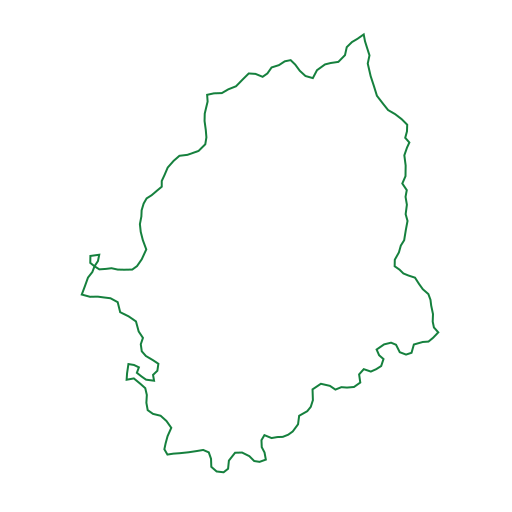 Conceição da Barra de Minas, Minas Gerais, Brazil, rotated 176°
{"feature_id": "56859067B78815771597461", "entity_name": "Conceição da Barra de Minas", "entity_type": "district", "adm_level": 2, "iso_a3": "BRA", "parent_name": "Brazil", "parent_adm1": "Minas Gerais", "projection": "mercator", "projection_center": [-44.485, -21.147], "detail": "fine", "context": "isolated", "style": "outline", "palette": "green", "viewbox_px": 512, "rotation_deg": 176, "n_neighbors": 0, "source": "geoboundaries", "source_scale": "gbopen_adm2", "svg_char_len": 2681}
<svg xmlns="http://www.w3.org/2000/svg" viewBox="0 0 512 512"><g transform="rotate(176 256 256)"><path d="M417.8,257.0L420.4,251.4L425.1,246.2L428.8,237.8L432.5,229.7L424.5,226.9L416.7,226.5L410.8,225.3L404.1,224.0L397.2,219.6L395.4,209.4L387.3,204.7L380.3,199.1L378.3,188.9L374.5,182.2L377.1,176.0L376.6,168.9L372.8,163.9L366.1,159.3L360.9,155.3L362.4,148.4L367.0,144.6L366.4,138.7L374.3,140.3L378.6,143.8L383.0,147.8L380.6,153.1L385.3,155.8L390.8,157.1L392.8,148.0L393.7,141.6L386.4,142.4L380.0,136.3L375.7,131.9L374.6,125.0L375.6,117.2L374.8,109.8L369.8,105.7L362.3,103.3L356.8,97.6L352.5,90.5L356.8,82.4L359.2,75.5L360.9,69.6L358.2,64.1L352.2,64.6L345.7,64.6L337.0,64.9L328.3,65.6L322.2,66.2L316.8,63.4L315.0,56.8L315.3,48.8L310.3,43.8L303.4,42.5L298.7,45.7L297.3,53.8L290.6,61.2L283.6,60.9L276.6,56.8L272.1,51.6L266.8,50.4L260.4,52.2L261.2,59.4L263.6,64.9L263.4,71.9L260.1,76.7L253.2,73.3L247.3,73.9L241.9,73.7L236.3,75.5L231.6,78.4L225.8,85.2L224.1,93.6L215.7,97.6L211.9,101.7L209.3,108.2L208.9,119.0L200.2,124.0L191.3,121.3L186.1,117.2L180.0,119.2L174.4,118.4L167.4,118.5L160.8,122.5L161.4,130.7L156.4,135.6L149.5,132.7L144.0,134.7L138.8,137.5L136.0,144.3L140.1,148.4L142.2,154.3L134.4,158.9L127.3,160.1L122.5,157.7L119.3,150.0L113.2,147.2L107.6,148.6L104.7,156.7L95.6,158.6L89.9,158.6L85.0,162.1L79.5,167.1L83.5,172.3L84.3,178.2L83.5,185.7L84.7,194.4L85.0,200.1L86.7,206.0L91.9,211.2L95.4,216.9L98.9,223.3L105.3,225.9L110.2,228.3L113.8,232.4L118.4,236.1L117.8,242.6L113.2,249.6L110.8,256.3L107.1,261.4L104.7,271.6L102.4,280.4L103.8,287.3L101.9,296.6L102.7,304.6L101.0,311.2L105.0,318.1L101.3,325.2L100.4,335.8L101.0,346.1L97.8,353.6L95.1,358.5L98.9,363.5L96.7,369.8L96.0,376.4L101.0,382.2L107.3,387.8L114.0,392.3L118.7,399.1L124.2,407.4L126.4,416.8L129.1,427.5L131.1,440.2L128.8,448.2L130.8,456.4L132.3,462.7L133.1,469.5L139.8,465.5L145.4,462.7L150.9,458.0L153.2,450.2L160.3,443.9L168.1,443.3L173.8,442.3L182.2,437.1L186.9,429.5L194.1,432.1L199.4,437.7L203.5,444.2L207.8,449.0L213.7,448.2L219.8,444.8L227.3,443.0L231.9,437.3L236.9,434.3L243.8,437.7L250.5,438.6L256.9,433.1L264.1,426.7L272.0,424.2L278.7,420.9L286.6,421.2L293.5,420.2L293.5,413.4L295.5,407.1L297.2,401.6L297.9,394.3L297.3,385.1L297.2,377.8L298.8,371.0L306.0,364.8L317.3,361.7L325.4,361.3L331.5,356.7L337.9,350.4L341.7,343.0L344.8,337.4L345.2,331.7L350.2,328.1L355.9,323.9L361.1,321.1L364.4,316.2L366.9,309.6L367.6,303.4L369.6,295.9L369.3,288.1L367.8,279.8L365.0,270.2L370.2,260.7L375.4,254.2L380.4,251.1L388.4,251.5L394.9,252.1L401.0,253.9L406.5,253.6L413.2,253.6L417.8,257.0ZM417.8,257.0L414.0,262.0L412.3,268.2L421.2,267.6L421.8,260.7L417.8,257.0Z" fill="none" stroke="#15803d" stroke-width="2"/></g></svg>